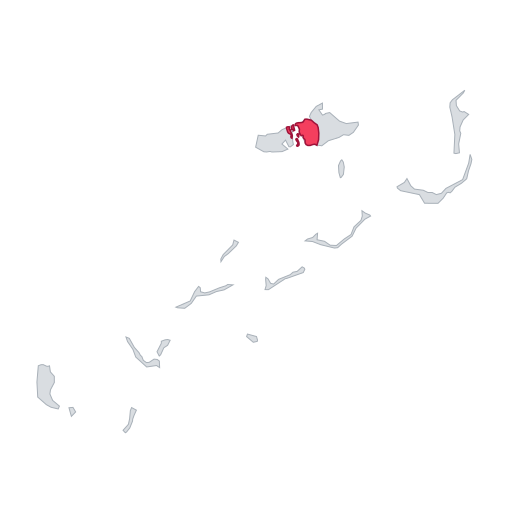 where Central Andros sits in The Bahamas, rotated 98°
{"feature_id": "BHS-5020", "entity_name": "Central Andros", "entity_type": "District", "adm_level": 1, "iso_a3": "BHS", "parent_name": "The Bahamas", "parent_adm1": "", "projection": "orthographic", "projection_center": [-77.885, 24.401], "detail": "fine", "context": "in_parent", "style": "filled", "palette": "rose", "viewbox_px": 512, "rotation_deg": 98, "n_neighbors": 0, "source": "natural_earth", "source_scale": "10m", "svg_char_len": 4821}
<svg xmlns="http://www.w3.org/2000/svg" viewBox="0 0 512 512"><g transform="rotate(98 256 256)"><path d="M137.7,206.2L137.6,214.4L138.3,220.5L137.7,222.7L131.0,226.8L129.3,229.0L123.0,231.3L119.3,234.5L117.4,229.3L113.7,226.1L113.1,220.6L110.3,222.5L106.2,221.3L99.5,217.2L95.3,211.5L101.3,210.6L102.5,214.1L107.2,209.8L106.1,207.5L105.3,207.3L103.7,203.0L110.8,192.1L112.3,185.0L109.2,173.6L112.1,172.8L120.0,176.8L123.6,180.8L123.7,186.2L127.0,190.3L131.8,200.4L137.7,206.2ZM143.1,237.1L143.2,238.6L137.1,242.9L141.5,245.9L145.7,239.3L149.0,244.7L150.8,254.7L150.5,256.5L150.9,258.0L151.5,259.9L151.7,262.7L148.3,271.5L136.1,270.6L135.8,263.2L133.9,261.8L131.1,251.2L127.3,247.8L122.0,239.1L125.1,236.9L129.2,237.6L131.3,236.6L136.9,235.7L140.4,234.5L143.1,237.1ZM434.3,437.9L432.4,442.9L426.1,452.5L411.3,455.4L395.0,456.3L393.6,453.8L393.2,451.6L394.3,448.0L394.2,446.6L393.5,445.2L399.4,443.5L403.2,439.0L409.3,438.1L417.1,440.9L421.3,440.9L427.3,437.3L432.0,429.8L435.0,430.6L434.3,437.9ZM169.1,125.4L167.8,126.0L162.5,119.3L158.3,117.3L164.9,112.5L167.7,108.4L167.6,99.5L169.2,94.6L168.6,90.3L170.1,86.0L168.1,81.1L162.6,77.3L151.6,62.0L134.4,58.3L125.6,58.1L130.4,55.7L134.9,56.0L141.9,57.4L150.2,58.1L155.3,62.6L160.2,68.6L164.6,71.0L166.4,72.5L166.2,74.3L166.9,75.9L172.7,78.7L178.5,83.1L180.3,96.4L172.5,102.7L171.2,121.9L169.1,125.4ZM92.5,69.8L99.8,71.9L103.7,71.7L106.0,70.3L116.8,70.9L125.5,68.9L126.8,72.4L126.6,74.3L108.0,76.0L91.0,81.2L81.6,84.8L77.3,85.1L73.9,83.2L62.8,72.3L65.7,73.4L74.0,79.6L79.2,78.5L84.0,74.5L84.7,71.4L84.0,70.0L86.2,65.1L92.5,69.8ZM204.4,153.3L214.5,160.8L223.0,163.6L232.4,173.0L236.4,176.3L237.2,179.4L235.8,193.5L233.8,202.0L234.2,209.5L232.0,207.3L229.8,202.5L226.1,199.7L224.9,198.2L231.4,197.8L231.9,190.2L235.0,184.1L234.4,177.8L226.8,170.9L221.5,164.9L213.5,163.0L206.1,157.0L201.7,156.3L196.4,157.4L198.3,153.8L199.6,149.0L200.5,148.1L204.4,153.3ZM318.2,326.4L317.8,328.2L309.7,314.9L299.8,311.8L294.1,308.6L295.2,306.8L299.1,305.9L299.7,301.6L298.0,297.0L292.6,287.8L289.6,281.6L288.2,280.1L287.8,274.8L294.0,282.9L296.7,290.2L301.0,297.2L304.0,309.5L311.9,313.5L317.7,319.3L318.2,326.4ZM358.6,371.3L354.3,373.5L355.2,370.0L363.4,363.8L367.9,358.5L370.5,356.6L371.4,355.1L375.0,353.1L376.8,349.7L376.2,347.0L372.3,342.6L372.2,339.4L373.5,337.1L379.9,335.9L378.3,339.3L381.1,348.8L372.8,361.0L365.6,364.9L358.6,371.3ZM287.6,239.0L288.0,242.4L283.9,241.8L277.8,243.2L275.7,243.3L277.0,240.9L281.1,237.7L281.3,234.6L276.0,230.4L269.8,219.6L266.9,217.1L265.5,213.1L260.3,208.8L261.3,206.4L262.4,205.8L265.8,206.9L273.9,222.4L274.4,223.9L287.6,239.0ZM430.8,354.6L434.7,355.4L436.7,355.3L443.9,357.1L448.3,359.7L449.2,360.8L447.1,363.4L440.4,358.9L434.6,358.5L426.6,358.9L423.4,358.1L425.3,353.0L430.8,354.6ZM367.1,336.7L368.5,337.9L364.6,340.7L355.6,337.6L353.6,337.9L351.7,334.4L351.0,331.8L351.4,329.3L356.7,331.1L359.7,334.5L367.1,336.7ZM161.9,185.5L155.0,186.9L150.1,185.5L148.8,184.4L150.9,182.6L155.6,181.0L163.0,180.8L166.3,182.6L166.7,183.4L161.9,185.5ZM266.5,289.9L263.9,290.4L259.2,288.7L248.3,280.6L243.3,280.0L244.9,275.3L248.7,276.9L257.5,283.8L260.9,287.3L266.5,289.9ZM341.8,246.7L337.1,254.1L334.5,253.6L335.7,244.3L339.1,242.8L340.4,242.9L341.8,246.7ZM440.5,416.5L432.3,420.1L431.4,416.2L435.5,412.9L440.5,416.5Z" fill="#d9dde1" stroke="#a8b0b8" stroke-width="1"/><path d="M137.9,211.1L137.5,212.0L137.1,213.3L137.6,215.0L139.0,217.8L139.3,220.2L138.7,221.9L137.3,223.0L135.0,223.4L134.1,223.7L133.4,224.3L132.9,225.1L132.2,225.7L130.4,225.9L129.9,226.5L130.6,228.0L129.9,228.7L127.6,230.3L126.5,230.6L124.4,230.6L123.7,231.0L121.2,232.7L120.9,233.3L121.0,233.9L121.2,234.4L121.3,234.9L120.9,235.4L120.3,235.5L119.7,235.3L119.2,234.9L118.8,234.5L118.1,232.6L117.7,230.3L117.1,228.3L115.7,227.5L113.8,226.7L113.4,224.7L113.8,220.1L115.9,217.0L117.6,213.7L120.2,212.3L125.6,210.9L132.2,210.2L137.9,211.1ZM129.4,241.4L128.6,242.0L125.4,243.5L124.3,243.7L123.9,243.2L123.6,242.3L123.5,241.3L123.6,240.7L124.2,240.6L125.0,240.8L125.7,240.9L126.0,240.2L126.6,240.0L129.9,237.7L130.2,237.6L131.2,237.0L131.9,236.8L134.4,236.8L134.2,237.4L133.8,237.8L132.7,238.1L132.2,238.1L131.9,237.9L131.6,237.8L131.0,238.1L130.6,238.7L130.0,240.6L129.4,241.4ZM136.3,231.9L135.1,232.7L134.3,232.5L134.0,231.9L134.4,231.2L135.7,230.5L136.9,229.7L138.0,229.2L139.3,228.9L140.3,228.9L140.7,229.2L141.2,229.6L141.5,230.1L141.5,230.7L141.0,231.1L140.4,230.9L139.8,230.5L139.2,230.3L138.1,230.3L137.5,230.6L136.3,231.9ZM126.8,236.3L125.9,236.3L125.5,236.9L125.6,237.7L126.0,238.6L125.1,238.4L123.5,238.6L122.6,238.6L121.9,238.3L121.2,237.8L121.0,237.2L121.7,236.8L123.3,236.4L124.9,235.7L126.2,235.3L126.8,236.3ZM130.1,230.5L131.9,230.3L132.3,230.4L132.0,230.9L131.3,231.8L130.2,232.4L129.2,231.9L129.2,230.9L130.1,230.5Z" fill="#f43f5e" stroke="#9f1239" stroke-width="1.5"/></g></svg>